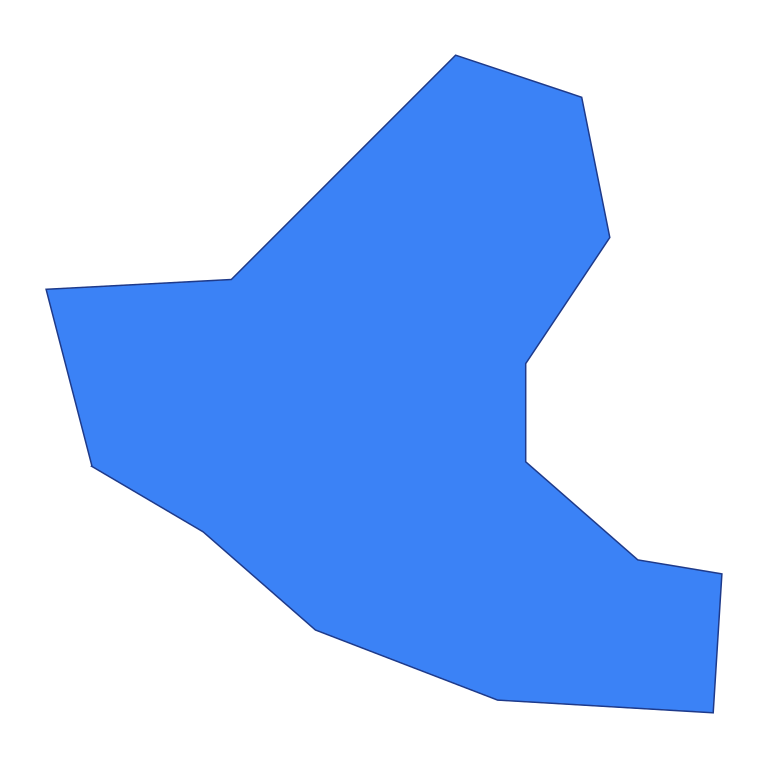 outline of Burlöv, Skåne, Sweden
{"feature_id": "70781695B8533917899851", "entity_name": "Burlöv", "entity_type": "district", "adm_level": 2, "iso_a3": "SWE", "parent_name": "Sweden", "parent_adm1": "Skåne", "projection": "mercator", "projection_center": [13.132, 55.659], "detail": "fine", "context": "isolated", "style": "filled", "palette": "blue", "viewbox_px": 768, "rotation_deg": 0, "n_neighbors": 0, "source": "geoboundaries", "source_scale": "gbopen_adm2", "svg_char_len": 342}
<svg xmlns="http://www.w3.org/2000/svg" viewBox="0 0 768 768"><path d="M713.2,712.8L721.9,573.9L637.8,559.9L525.7,461.8L525.7,363.6L609.8,237.5L581.7,97.3L515.0,75.0L455.6,55.2L357.4,153.4L231.3,279.5L46.1,289.3L91.9,465.9L91.5,466.2L203.2,531.9L315.4,630.0L497.6,700.1L713.2,712.8Z" fill="#3b82f6" stroke="#1e3a8a" stroke-width="1.5"/></svg>